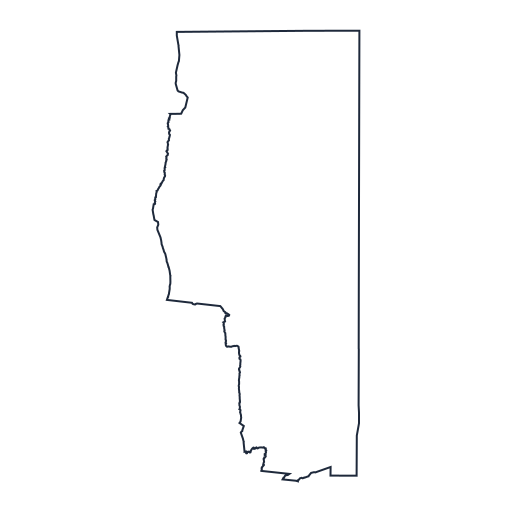 outline of Goyder, South Australia, Australia
{"feature_id": "25037944B76718204715141", "entity_name": "Goyder", "entity_type": "district", "adm_level": 2, "iso_a3": "AUS", "parent_name": "Australia", "parent_adm1": "South Australia", "projection": "albers", "projection_center": [138.943, -33.716], "detail": "fine", "context": "isolated", "style": "outline", "palette": "slate", "viewbox_px": 512, "rotation_deg": 0, "n_neighbors": 0, "source": "geoboundaries", "source_scale": "gbopen_adm2", "svg_char_len": 6019}
<svg xmlns="http://www.w3.org/2000/svg" viewBox="0 0 512 512"><path d="M242.5,429.7L242.2,431.2L241.6,431.5L241.2,432.0L240.8,432.6L242.9,438.6L243.6,441.5L243.8,441.8L243.6,442.5L244.5,451.2L244.5,451.8L246.1,451.4L246.5,451.5L246.7,451.8L246.1,452.8L246.1,453.1L246.3,453.3L246.7,453.3L247.0,453.2L247.2,452.5L248.4,451.7L249.0,451.7L249.3,452.2L249.8,452.5L250.4,452.4L250.7,451.8L250.7,451.2L251.4,449.7L252.4,448.4L253.4,447.6L253.7,447.6L253.8,447.7L253.8,448.6L254.0,448.9L255.0,448.7L255.3,448.1L256.4,447.4L256.6,447.5L256.9,448.2L257.3,448.4L257.9,448.3L258.7,447.7L259.5,447.5L261.0,447.4L262.9,447.6L263.4,447.3L263.8,447.2L264.1,447.4L264.3,447.9L264.5,448.1L265.3,448.2L265.7,448.3L265.8,448.7L265.5,449.4L265.5,449.8L265.6,450.1L266.2,450.3L266.3,450.5L266.2,450.8L265.7,451.5L266.0,452.5L265.6,453.2L265.6,454.1L265.4,454.1L264.9,453.9L264.7,454.0L264.7,455.1L265.2,455.3L265.5,455.6L265.7,456.1L265.7,456.5L265.0,457.3L264.4,457.4L264.4,458.0L264.3,458.3L263.8,458.4L263.6,458.8L263.6,459.2L263.8,459.6L264.0,461.5L264.1,461.9L263.7,462.6L263.5,463.4L263.2,464.6L263.9,464.9L263.9,465.1L262.9,466.2L261.8,467.4L262.0,467.8L261.6,468.6L261.7,469.2L261.8,469.4L261.8,469.6L261.7,470.1L261.3,470.7L261.3,470.9L289.4,473.9L287.8,475.0L285.9,475.3L285.1,475.7L284.0,477.6L283.5,477.7L282.6,479.4L295.6,480.7L297.9,481.3L297.8,480.3L298.7,479.9L300.0,478.3L301.7,477.8L302.7,478.3L303.2,478.1L304.2,477.5L304.6,477.7L305.3,477.4L308.3,476.3L308.5,476.3L308.6,476.0L311.1,472.9L314.0,472.2L315.6,472.4L315.9,472.2L330.6,467.0L330.5,475.6L356.6,475.7L356.8,435.6L359.0,423.3L359.0,412.7L358.6,405.3L358.8,349.0L358.7,348.7L358.8,288.3L359.2,113.7L359.4,30.7L306.7,30.8L176.8,31.9L176.8,35.6L178.4,44.9L178.6,45.4L178.5,46.0L179.4,55.0L178.9,61.1L178.4,62.3L177.6,65.1L175.9,72.7L176.4,75.5L176.2,76.6L176.2,80.8L175.7,82.7L175.7,83.8L177.6,90.5L178.5,91.4L182.2,92.6L183.5,92.8L185.8,94.9L186.5,96.1L187.7,97.5L185.3,107.5L182.8,110.2L181.2,113.7L179.6,113.8L170.1,113.9L170.3,114.1L170.4,114.6L169.7,116.8L169.8,117.8L169.0,118.2L169.3,119.4L168.7,119.4L168.5,120.1L168.6,120.5L168.3,121.0L168.3,121.9L168.5,122.1L167.7,123.2L167.8,123.9L168.0,124.1L168.2,125.9L167.8,126.6L168.3,127.1L168.4,127.9L168.4,128.7L168.8,128.8L169.4,129.2L169.4,129.7L170.1,130.4L170.0,130.7L169.2,131.8L169.2,132.2L169.0,132.7L169.2,134.0L169.9,134.8L169.8,135.7L169.3,137.4L169.3,137.7L168.8,138.9L169.0,140.2L168.5,140.9L167.9,141.4L167.5,142.2L167.8,142.9L167.9,144.0L168.1,144.6L167.9,145.1L167.9,145.5L167.5,147.4L167.6,148.0L167.5,148.7L167.7,149.1L167.5,150.3L166.8,150.5L166.4,151.2L168.0,153.7L167.7,154.5L167.8,154.9L166.2,156.5L166.5,157.8L166.3,158.1L166.3,159.0L166.6,159.2L166.7,159.6L166.3,160.4L166.2,160.6L166.3,160.9L165.5,163.0L165.6,163.7L164.9,166.9L165.2,167.4L164.6,168.0L164.7,170.1L164.1,170.9L164.3,171.4L164.3,172.1L164.8,172.8L164.7,174.7L165.1,175.2L165.0,176.3L164.1,177.6L163.7,179.1L163.7,180.0L162.7,181.1L161.3,183.8L160.7,183.7L160.4,184.3L160.7,185.1L160.6,185.4L160.1,186.1L159.4,186.8L158.9,187.9L158.2,188.9L158.0,189.4L157.5,190.5L156.5,191.0L156.7,191.9L156.2,193.5L155.9,197.2L155.3,197.4L155.2,198.8L155.3,199.3L154.8,200.0L155.0,200.2L154.9,200.8L155.3,201.5L154.8,202.4L155.1,203.7L154.8,204.1L153.7,204.2L153.0,208.6L152.6,209.7L153.3,214.1L153.7,215.7L154.2,218.6L154.5,220.0L158.0,222.0L158.3,224.7L157.2,227.4L157.4,229.8L160.5,237.4L161.2,240.6L161.5,242.7L161.6,244.2L162.7,247.0L162.8,247.8L163.7,250.2L163.8,250.9L164.4,252.4L164.9,253.1L165.3,254.0L166.4,258.7L166.4,259.2L166.6,259.7L166.6,261.0L166.8,261.8L167.4,263.1L167.7,264.2L167.9,264.7L168.2,266.1L168.5,266.5L168.4,267.0L168.8,267.6L169.1,268.8L169.6,270.8L170.2,275.2L170.5,275.8L170.3,276.4L170.4,281.9L170.3,283.9L169.9,285.1L169.6,286.8L169.7,287.0L169.7,289.0L169.0,293.2L169.0,293.9L168.6,294.7L168.3,296.0L168.0,296.4L168.1,297.1L167.7,297.5L166.9,299.9L192.0,302.8L192.5,303.7L193.1,304.1L195.0,304.5L195.4,304.4L195.8,303.9L196.7,303.7L197.0,303.5L220.3,306.1L221.5,307.5L221.9,308.1L222.3,308.4L223.0,309.5L223.7,311.1L225.3,312.2L225.4,313.2L226.0,313.6L226.5,313.2L227.1,313.4L227.5,313.8L228.2,314.1L229.2,314.9L229.0,315.6L228.7,315.8L227.4,316.0L226.1,315.7L225.9,315.8L225.7,315.9L225.4,316.6L225.5,317.1L225.4,317.4L224.6,318.6L224.9,320.6L224.8,321.0L225.0,321.5L223.4,322.3L223.5,322.4L223.9,324.1L223.5,324.6L223.6,325.9L224.1,326.3L224.2,327.5L224.1,327.8L224.5,329.8L224.4,330.2L224.6,330.6L224.3,331.4L225.0,332.8L225.3,333.1L225.4,335.7L225.6,336.7L225.6,338.5L225.5,339.2L225.7,339.5L225.7,339.9L226.0,340.4L225.8,341.2L226.0,341.9L225.6,342.4L225.5,342.8L225.7,343.4L226.0,343.6L225.7,344.1L225.8,344.8L225.9,345.5L226.0,345.8L226.6,346.2L226.8,346.6L227.7,346.7L228.3,346.4L229.0,346.5L229.9,346.7L230.4,346.7L231.2,346.8L232.3,346.3L233.5,346.1L234.1,345.9L234.5,345.9L235.0,346.1L236.4,345.8L237.1,345.8L238.0,346.3L238.2,346.6L238.5,346.7L238.6,346.9L238.7,348.7L238.9,349.1L239.0,349.8L239.0,350.2L239.2,350.7L239.2,351.2L239.0,351.7L239.0,353.1L239.2,354.2L239.3,354.6L239.3,354.9L240.3,356.0L240.4,356.6L239.5,357.3L239.4,358.3L239.6,358.7L239.6,358.9L240.4,359.4L240.5,359.8L240.6,360.8L240.3,363.5L240.3,364.7L240.1,365.5L240.3,366.5L239.9,367.4L239.1,368.5L239.0,368.8L239.0,369.7L239.3,369.9L239.4,370.6L239.4,371.0L239.6,371.2L240.0,372.3L239.8,372.8L239.5,373.2L239.5,374.5L239.6,375.5L239.4,375.8L239.3,377.7L239.1,378.7L238.9,380.3L239.1,381.5L239.1,384.1L238.8,385.3L238.7,386.0L239.0,386.8L239.0,387.2L238.9,388.7L239.2,391.2L239.2,392.6L239.6,393.3L239.6,393.6L239.7,394.6L239.5,395.1L239.7,397.0L239.7,398.6L239.8,399.4L239.8,400.0L240.0,401.1L240.0,401.4L239.8,401.7L239.9,402.5L239.4,402.9L239.3,403.2L239.3,403.5L239.5,404.0L239.4,404.4L239.4,405.2L239.9,406.6L239.9,407.6L239.8,407.9L239.7,408.7L239.5,409.1L239.9,409.2L240.2,409.5L240.5,410.3L240.2,411.1L240.3,411.8L240.2,412.0L240.1,412.5L240.4,413.0L240.6,414.0L241.0,415.1L241.0,416.3L241.2,417.6L240.6,421.3L240.3,421.9L239.5,423.0L243.8,426.0L242.5,429.7Z" fill="none" stroke="#1e293b" stroke-width="2"/></svg>